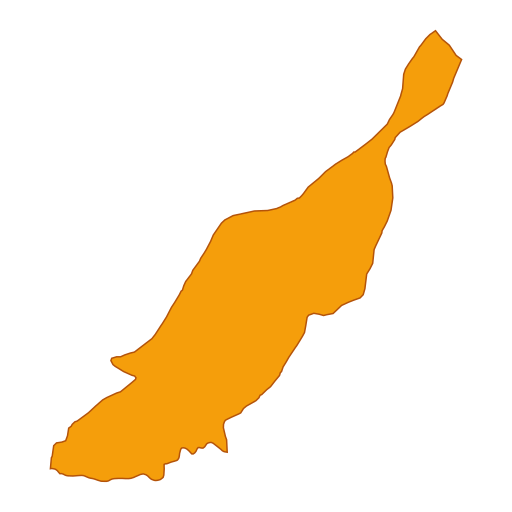 the district of Nuevo Progreso, San Marcos, Guatemala
{"feature_id": "79465075B31379081578596", "entity_name": "Nuevo Progreso", "entity_type": "district", "adm_level": 2, "iso_a3": "GTM", "parent_name": "Guatemala", "parent_adm1": "San Marcos", "projection": "robinson", "projection_center": [-91.918, 14.815], "detail": "fine", "context": "isolated", "style": "filled", "palette": "amber", "viewbox_px": 512, "rotation_deg": 0, "n_neighbors": 0, "source": "geoboundaries", "source_scale": "gbopen_adm2", "svg_char_len": 3618}
<svg xmlns="http://www.w3.org/2000/svg" viewBox="0 0 512 512"><path d="M227.2,452.2L226.6,439.8L225.4,436.4L223.4,427.8L223.5,424.4L224.3,422.0L225.3,420.3L227.1,419.3L231.2,417.3L238.8,413.9L240.7,412.9L243.5,408.5L246.5,406.0L255.9,400.7L258.9,397.8L260.1,395.2L261.7,394.6L266.8,389.6L270.5,386.7L275.0,380.9L279.5,375.5L280.3,372.7L281.5,371.6L283.1,366.9L286.3,361.7L288.8,357.3L295.5,347.3L296.7,345.7L302.4,336.4L304.5,332.5L305.7,326.0L307.1,317.3L308.6,315.2L313.8,313.3L319.1,314.2L323.6,315.5L326.7,314.7L333.1,313.5L341.6,305.4L348.3,302.3L353.6,300.2L360.1,297.9L363.2,294.7L364.9,288.7L366.7,274.0L370.0,268.7L372.7,263.3L374.1,249.6L375.6,246.1L381.8,233.0L382.1,230.7L384.3,226.9L387.2,221.1L391.0,210.3L392.8,197.9L392.2,185.9L391.5,183.1L389.6,177.9L387.4,169.9L386.4,166.4L385.3,164.1L385.0,161.0L385.2,158.4L385.9,157.2L387.5,151.7L389.1,147.5L391.3,144.9L394.8,139.4L395.2,137.6L400.1,132.2L410.8,125.9L418.1,121.3L421.7,118.4L424.2,116.5L427.8,114.3L439.8,106.3L443.0,104.4L444.0,103.0L444.7,101.4L447.1,95.9L447.8,93.6L452.6,82.1L453.7,78.3L456.3,72.1L461.6,59.5L456.1,55.4L449.3,45.2L442.2,39.3L435.5,30.7L430.0,34.5L425.8,38.7L420.6,45.7L419.6,46.7L413.8,56.9L412.5,58.4L408.7,63.8L405.4,69.1L403.7,74.3L402.6,88.7L400.9,94.7L400.7,95.8L394.1,112.3L393.0,114.4L389.5,119.5L387.3,124.1L372.1,139.1L365.2,144.5L355.2,152.0L353.7,152.1L352.6,153.4L347.8,156.9L341.7,160.3L335.6,164.1L331.8,167.0L325.6,171.6L318.8,178.4L308.2,187.1L303.3,193.8L301.6,195.8L299.4,198.0L297.3,198.3L295.2,200.1L283.0,205.5L281.8,206.2L280.5,207.0L278.1,207.9L276.9,208.5L267.7,210.5L254.3,211.0L249.4,212.1L233.1,215.6L224.9,219.9L221.4,223.2L213.3,235.0L210.6,241.4L206.4,249.4L204.1,253.2L200.7,258.3L199.5,261.2L192.8,270.3L191.5,273.9L185.7,281.5L183.8,285.7L182.4,290.2L181.1,291.2L179.2,295.0L174.6,302.6L171.5,307.3L166.5,317.0L162.1,324.0L161.1,325.4L155.2,334.5L151.9,338.7L146.4,342.9L134.4,352.1L130.5,353.0L124.8,354.9L120.6,356.8L116.6,356.8L111.7,358.3L110.9,360.6L113.0,364.6L115.1,366.3L123.7,371.6L132.0,375.3L134.6,376.0L136.0,377.8L135.5,379.4L131.9,382.5L120.5,391.8L116.7,393.0L106.7,397.6L102.7,399.9L95.7,406.0L88.4,412.8L83.8,416.2L82.7,417.0L78.1,420.4L76.9,421.2L74.9,421.8L72.2,424.4L71.2,426.3L68.7,428.1L67.5,435.8L65.7,440.7L61.8,442.1L56.5,442.9L53.7,445.7L52.2,456.3L51.4,457.7L50.4,468.7L51.6,468.5L52.6,468.6L54.7,469.0L55.8,469.5L57.4,470.7L58.4,472.0L59.9,473.7L61.6,473.6L63.2,474.1L64.9,475.0L66.2,475.5L67.8,475.8L72.9,476.0L79.2,475.5L81.8,475.4L83.5,475.6L84.5,475.9L86.1,476.6L88.7,477.7L90.1,478.1L91.8,478.4L92.9,478.6L94.4,479.0L96.4,479.7L98.1,480.3L99.5,480.7L101.1,481.2L104.1,481.3L106.7,481.3L108.4,480.9L110.7,479.6L112.5,478.9L114.5,478.6L118.3,478.4L122.4,478.4L125.7,478.6L128.6,478.6L130.9,478.3L133.8,477.4L135.0,476.8L139.0,475.1L140.0,474.6L141.6,474.2L143.3,473.9L146.1,474.8L147.7,475.9L149.4,477.6L150.6,478.7L151.5,479.3L152.8,479.8L154.2,480.3L155.3,480.5L157.0,480.4L158.9,480.0L160.4,479.5L161.5,478.7L163.1,477.4L163.8,475.1L164.2,468.8L164.1,467.0L164.1,465.5L164.1,464.4L165.7,463.7L166.7,463.8L171.1,462.1L174.0,461.3L176.6,460.5L177.5,460.0L178.6,458.5L179.1,457.1L179.4,455.3L179.6,453.4L180.1,451.5L180.5,450.0L180.9,448.9L182.0,447.9L183.6,447.8L185.0,448.1L186.7,448.9L188.8,450.7L190.3,452.3L191.1,453.2L191.8,453.9L193.3,453.9L194.8,452.8L196.1,451.1L196.9,449.2L198.1,447.6L199.2,447.5L201.2,448.0L203.0,448.1L204.6,446.9L205.6,445.5L206.6,443.9L208.0,443.0L209.9,442.5L211.2,442.4L213.1,443.2L215.3,444.9L219.5,448.2L221.3,449.7L222.2,450.6L223.5,451.4L224.8,451.8L227.2,452.2Z" fill="#f59e0b" stroke="#b45309" stroke-width="1.5"/></svg>